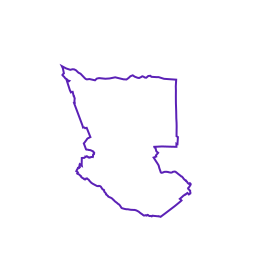 Cristesti, Suceava, Romania, rotated 137°
{"feature_id": "2599482B22632955196999", "entity_name": "Cristesti", "entity_type": "district", "adm_level": 2, "iso_a3": "ROU", "parent_name": "Romania", "parent_adm1": "Suceava", "projection": "mercator", "projection_center": [26.592, 47.273], "detail": "fine", "context": "isolated", "style": "outline", "palette": "violet", "viewbox_px": 256, "rotation_deg": 137, "n_neighbors": 0, "source": "geoboundaries", "source_scale": "gbopen_adm2", "svg_char_len": 5618}
<svg xmlns="http://www.w3.org/2000/svg" viewBox="0 0 256 256"><g transform="rotate(137 128 128)"><path d="M195.2,131.5L195.0,130.4L195.1,130.0L195.0,129.7L196.2,129.3L196.1,128.9L195.9,128.3L195.6,127.7L195.4,127.0L195.4,126.0L195.4,125.0L195.3,124.9L195.2,124.7L195.4,124.4L195.5,124.3L195.6,124.1L195.5,123.3L195.4,122.5L195.3,122.1L195.0,121.7L194.8,121.3L194.8,121.0L195.0,120.6L194.9,120.4L194.7,119.9L194.5,119.6L193.1,119.6L192.9,119.1L192.6,119.0L192.4,119.0L192.4,118.4L192.2,117.8L192.0,116.9L192.1,116.5L192.2,116.0L192.2,115.1L192.2,113.0L191.8,111.3L190.7,108.0L190.5,107.5L190.2,106.7L189.8,106.2L189.5,105.8L188.7,105.5L188.0,104.3L187.9,103.8L187.9,103.4L188.0,103.1L188.1,102.3L188.2,102.0L188.3,101.2L188.4,100.9L188.4,100.4L188.1,99.7L187.9,99.4L187.9,99.2L187.9,98.8L188.1,98.6L188.3,98.5L188.5,98.1L188.7,97.6L188.8,97.1L188.7,96.3L188.9,94.7L189.0,94.5L189.3,94.4L189.3,94.2L189.3,93.7L189.1,93.1L189.1,92.5L189.0,91.9L189.2,91.6L189.2,91.4L189.1,91.0L188.8,90.2L188.7,89.9L188.3,89.2L187.9,88.0L187.7,87.1L187.7,85.5L187.6,85.4L187.6,85.2L187.6,84.8L187.6,83.4L187.1,80.5L187.1,80.0L187.0,79.5L187.0,79.1L186.8,78.6L186.7,78.1L186.7,77.7L186.7,77.4L186.9,75.8L187.0,75.3L187.1,74.8L187.2,74.4L187.2,73.9L187.1,73.5L185.9,71.5L185.3,70.6L184.5,69.6L183.4,68.5L182.0,66.6L181.0,65.5L179.0,63.5L178.7,63.0L178.4,62.6L178.3,62.3L178.1,62.0L177.7,60.9L177.4,60.0L177.2,59.3L177.1,58.4L177.1,58.1L176.9,57.2L176.8,56.7L176.8,56.4L176.4,54.9L176.4,54.4L176.1,53.2L175.3,52.5L175.1,52.4L174.9,52.4L174.5,52.1L174.4,52.0L174.1,51.7L174.2,51.4L174.1,51.2L173.9,51.1L173.6,51.1L173.3,51.2L173.0,51.2L172.9,51.1L172.7,50.7L172.5,49.2L172.4,49.0L171.6,48.4L171.3,48.1L171.2,48.0L171.1,47.6L171.1,47.4L170.7,47.1L170.3,47.1L170.0,47.2L169.6,46.9L169.3,46.4L166.4,43.1L166.2,43.0L165.9,42.8L165.8,42.4L165.7,42.3L165.6,42.0L165.4,41.8L165.1,41.7L164.9,41.4L164.7,40.8L162.7,40.6L159.2,40.2L152.2,39.5L147.4,39.0L144.5,38.8L139.7,38.5L138.3,38.5L138.3,39.3L138.3,40.0L138.3,40.3L138.4,40.8L135.1,40.7L133.2,40.7L132.5,40.4L131.4,40.4L131.3,40.1L128.9,40.0L128.8,39.0L128.8,37.9L127.8,37.8L127.1,37.6L126.8,37.8L126.6,38.1L126.4,38.2L126.3,38.5L126.1,38.9L125.3,39.8L125.3,40.2L125.5,42.1L125.3,42.4L125.2,42.5L125.1,43.0L123.9,43.1L123.1,43.2L121.2,43.8L120.9,43.8L120.5,44.1L120.3,44.5L120.3,44.8L120.4,45.2L120.4,45.4L120.5,45.4L120.8,45.6L121.2,45.6L121.5,45.6L121.7,45.8L121.8,47.4L121.7,47.7L121.5,48.4L121.5,48.8L121.6,49.0L121.7,49.3L121.8,49.6L121.8,49.8L121.6,50.0L121.4,50.1L121.4,50.3L121.5,50.6L121.8,51.1L121.9,51.4L121.9,51.5L121.9,52.2L121.9,53.3L121.7,54.0L121.7,55.1L121.7,55.7L122.1,56.4L122.1,56.8L122.1,57.3L122.3,58.0L122.3,58.8L122.5,59.3L122.6,60.1L122.7,61.0L122.8,61.8L122.8,62.0L123.0,62.3L123.0,62.5L123.0,62.9L123.0,63.2L123.0,63.3L123.1,63.6L123.5,64.2L123.7,64.4L123.9,64.6L124.1,64.7L124.6,65.0L125.2,65.4L125.7,65.4L126.1,65.5L126.5,65.7L126.8,65.9L127.0,66.1L127.3,66.4L127.9,67.2L128.4,67.9L128.6,68.3L128.8,68.7L129.0,68.9L129.3,69.1L129.5,69.5L129.8,69.8L130.5,70.4L130.9,70.8L131.5,71.2L132.1,71.4L132.7,71.6L133.9,72.2L134.3,73.1L134.2,73.4L133.8,74.2L132.5,77.2L131.1,79.8L130.6,82.2L130.1,85.2L129.5,88.3L129.4,88.9L128.5,88.5L126.8,87.9L126.3,88.9L125.4,89.0L122.9,89.3L123.1,91.2L123.0,92.1L122.5,92.8L122.1,93.7L121.9,93.9L121.8,94.0L121.7,94.4L121.4,95.0L121.9,95.6L121.9,95.8L121.6,96.3L115.8,91.4L108.5,84.2L105.4,81.2L103.4,83.4L103.3,83.0L103.2,82.8L102.9,82.4L97.7,87.3L98.1,88.9L92.3,95.0L91.9,95.4L90.8,96.6L89.0,98.6L86.0,102.2L81.5,107.2L76.0,113.5L71.6,118.3L68.1,122.0L67.7,122.4L66.2,124.1L64.6,125.9L59.8,130.5L62.7,133.6L68.1,139.4L70.9,144.3L72.6,145.9L76.0,149.5L76.0,150.9L77.7,152.2L80.3,152.3L81.2,153.3L81.7,155.0L82.3,156.1L83.6,156.3L85.8,157.0L86.8,158.3L88.1,161.0L88.6,163.3L90.9,164.2L93.5,164.2L96.0,164.5L98.1,166.7L102.8,173.8L107.7,176.8L111.0,179.5L115.1,184.2L116.9,185.3L117.3,185.4L119.6,185.4L122.8,190.1L124.9,191.6L125.4,192.5L125.6,193.5L125.7,200.1L126.5,202.2L126.7,205.8L127.4,207.6L128.5,208.8L130.5,209.9L132.6,213.7L134.2,218.4L134.9,216.1L137.6,211.7L138.7,211.7L139.8,211.5L139.9,209.8L139.8,208.9L140.0,207.0L139.8,206.3L139.6,206.0L139.5,205.1L139.5,204.8L139.5,204.5L139.5,204.2L139.5,203.9L139.3,203.4L138.8,202.5L139.5,202.5L139.8,202.8L140.0,203.3L140.2,204.1L140.3,204.7L144.9,194.9L144.8,194.7L145.5,193.0L144.7,192.7L144.2,192.5L143.8,192.2L145.9,188.5L145.7,188.3L146.7,186.4L146.7,186.1L149.5,183.6L149.3,183.5L149.8,182.7L150.4,183.1L155.6,170.5L159.6,160.9L160.6,159.0L160.0,158.7L159.6,158.2L159.5,157.8L159.5,157.1L158.1,156.3L161.7,147.0L162.3,147.2L164.6,147.9L164.9,147.9L165.2,147.9L167.0,147.5L170.3,146.9L170.6,146.9L170.8,146.9L173.2,141.1L173.2,140.9L173.2,140.6L172.1,139.5L171.7,138.7L170.8,137.7L170.5,137.2L169.5,134.8L169.4,134.3L169.8,133.7L169.6,133.0L170.6,132.1L170.9,132.1L171.3,132.4L171.6,132.4L173.1,131.0L173.5,130.8L173.6,131.0L174.2,131.5L174.5,131.6L174.8,132.0L175.9,132.3L176.1,132.7L176.6,132.8L176.7,133.2L177.0,133.4L177.1,133.7L177.0,134.1L177.3,134.7L177.2,135.0L177.6,135.6L177.9,135.6L178.2,135.6L178.3,135.8L178.5,136.0L178.6,135.8L180.4,136.0L181.0,136.6L181.7,137.1L181.9,137.3L182.1,137.3L182.3,137.5L187.0,132.7L187.4,132.1L187.5,132.8L187.6,133.2L187.7,133.9L187.8,134.5L188.1,134.4L188.8,133.9L189.0,133.7L189.2,133.4L189.3,133.3L189.4,133.2L189.5,133.1L189.9,133.1L190.1,133.0L190.1,132.7L190.0,132.4L189.9,132.2L190.8,132.1L190.9,132.4L191.4,132.5L191.3,132.8L191.5,132.9L191.7,133.0L191.8,132.9L192.2,132.8L192.7,132.6L193.1,132.3L193.7,132.3L194.0,132.2L194.5,132.0L194.5,131.8L194.8,131.5L195.2,131.5Z" fill="none" stroke="#5b21b6" stroke-width="2"/></g></svg>